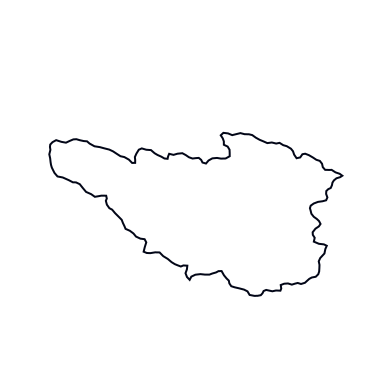 Nova Era, Minas Gerais, Brazil, rotated 294°
{"feature_id": "56859067B46168971865721", "entity_name": "Nova Era", "entity_type": "district", "adm_level": 2, "iso_a3": "BRA", "parent_name": "Brazil", "parent_adm1": "Minas Gerais", "projection": "equal_earth", "projection_center": [-43.01, -19.695], "detail": "fine", "context": "isolated", "style": "outline", "palette": "ink", "viewbox_px": 384, "rotation_deg": 294, "n_neighbors": 0, "source": "geoboundaries", "source_scale": "gbopen_adm2", "svg_char_len": 2952}
<svg xmlns="http://www.w3.org/2000/svg" viewBox="0 0 384 384"><g transform="rotate(294 192 192)"><path d="M161.7,50.7L159.4,52.2L157.3,54.0L155.3,56.4L153.5,58.6L151.5,62.8L152.7,68.0L152.7,74.6L152.4,79.3L153.6,82.1L153.5,86.3L151.3,90.5L149.0,95.2L149.0,100.8L148.1,105.2L149.8,107.8L151.8,110.7L153.7,115.1L151.4,116.8L148.9,116.9L145.8,119.4L143.6,123.1L143.4,126.2L141.4,130.3L139.6,135.0L138.0,139.1L135.6,141.5L133.2,144.3L131.3,146.3L131.3,151.0L130.3,155.4L128.5,159.0L128.4,163.8L129.6,167.9L127.4,170.7L122.3,171.3L117.8,172.1L117.9,175.5L119.2,178.8L121.9,182.9L123.6,187.0L121.7,191.8L121.0,197.1L119.6,201.9L119.1,205.7L119.2,208.9L119.4,212.1L121.4,214.0L122.8,217.7L119.3,218.8L115.2,219.1L112.3,222.0L110.8,225.6L114.4,225.8L117.8,228.7L120.4,233.1L121.9,237.7L123.6,241.5L125.7,243.6L128.3,246.7L130.5,248.4L131.8,251.2L128.9,255.1L127.1,258.7L126.0,261.7L123.7,263.3L121.9,266.2L122.3,269.8L123.2,274.4L124.0,279.2L123.8,283.1L121.4,286.5L122.5,291.3L123.9,294.2L125.7,296.8L128.1,297.6L130.7,297.7L132.7,299.6L134.0,305.8L136.2,308.8L137.8,312.9L140.1,312.8L143.1,310.9L145.7,313.5L147.5,316.9L148.0,320.9L150.2,323.4L151.9,325.6L152.3,329.0L155.0,332.1L158.0,333.4L160.4,334.5L162.6,336.2L164.9,339.5L168.2,340.8L171.1,340.5L174.3,339.3L177.3,338.1L180.2,336.0L183.8,336.0L189.7,338.0L194.2,337.0L197.7,337.0L197.8,333.8L196.3,329.0L196.2,323.5L200.1,322.7L202.0,319.8L204.3,318.6L208.7,319.7L212.2,321.9L215.1,322.4L217.1,319.9L218.1,317.1L218.9,313.3L220.7,309.9L223.3,307.9L225.2,306.3L227.8,306.0L231.0,307.9L234.2,311.1L236.7,315.1L239.0,317.9L242.1,317.9L244.8,315.3L247.5,314.3L250.0,315.3L252.1,317.1L255.1,317.1L257.7,316.5L260.3,316.9L263.3,318.4L265.8,321.3L268.0,322.7L268.7,319.5L268.3,315.1L269.0,310.6L267.6,307.5L266.4,304.6L267.9,301.4L270.7,299.3L272.4,296.1L272.0,292.5L272.7,288.4L273.2,283.8L273.0,279.8L271.4,277.5L267.6,276.8L265.4,273.8L267.7,270.1L270.3,267.7L271.8,264.8L272.4,259.9L271.9,256.3L272.5,252.0L270.5,249.2L269.7,244.8L267.3,240.9L267.3,236.7L267.2,232.6L267.6,228.2L268.5,223.9L267.9,220.6L266.2,216.5L265.5,212.3L262.7,208.7L260.3,205.6L260.2,201.1L258.8,196.6L255.5,195.2L253.5,198.3L251.2,200.5L248.1,201.9L248.0,206.1L245.9,209.1L243.1,210.5L240.0,211.9L236.3,209.1L234.3,204.9L233.3,201.0L231.0,196.9L227.5,194.3L223.7,193.2L223.2,189.6L225.1,187.3L225.9,184.3L224.5,181.7L222.8,178.9L222.5,175.1L223.2,171.3L223.5,167.4L221.1,163.2L218.4,160.0L217.6,155.6L214.7,155.7L212.4,156.2L211.4,153.2L211.8,149.6L211.8,145.5L212.2,142.1L213.6,137.5L212.0,133.0L211.4,128.4L209.0,126.2L204.4,125.6L200.7,125.6L198.1,127.1L195.5,128.2L194.2,125.5L195.9,121.2L196.4,116.0L195.6,112.1L196.3,107.6L197.0,103.4L197.1,99.2L196.2,94.0L195.5,89.5L194.1,84.3L194.6,78.7L195.6,75.5L194.5,72.4L193.7,68.5L193.2,64.9L191.8,62.2L188.8,59.4L185.8,56.8L184.7,52.3L184.1,46.8L180.8,44.3L177.7,43.2L175.4,43.9L172.9,45.5L168.4,46.3L165.1,48.7L161.7,50.7Z" fill="none" stroke="#020617" stroke-width="2"/></g></svg>